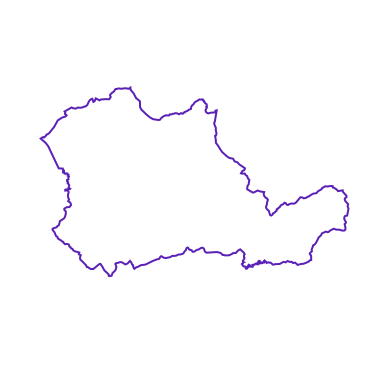 the district of Thong Saen Khan, Uttaradit, Thailand, rotated 8°
{"feature_id": "78962969B33216342014207", "entity_name": "Thong Saen Khan", "entity_type": "district", "adm_level": 2, "iso_a3": "THA", "parent_name": "Thailand", "parent_adm1": "Uttaradit", "projection": "mercator", "projection_center": [100.412, 17.497], "detail": "fine", "context": "isolated", "style": "outline", "palette": "violet", "viewbox_px": 384, "rotation_deg": 8, "n_neighbors": 0, "source": "geoboundaries", "source_scale": "gbopen_adm2", "svg_char_len": 6015}
<svg xmlns="http://www.w3.org/2000/svg" viewBox="0 0 384 384"><g transform="rotate(8 192 192)"><path d="M348.9,193.8L349.3,187.0L348.0,184.2L348.3,182.3L344.9,179.4L344.2,177.7L344.4,177.0L345.7,175.6L345.5,174.3L341.4,170.8L341.0,169.4L336.5,170.8L335.1,169.5L332.1,168.1L330.8,167.9L330.5,166.6L328.6,166.7L325.4,167.7L323.0,167.8L321.6,169.1L320.5,169.7L319.8,171.3L316.8,173.6L315.4,175.8L312.2,176.8L308.8,179.5L308.4,180.2L307.2,180.6L305.5,182.1L303.4,182.7L302.0,182.0L300.0,182.2L296.4,188.1L294.6,189.4L292.5,189.5L290.3,190.2L289.1,191.4L288.3,191.5L287.3,191.2L286.7,190.2L285.1,189.7L283.9,191.5L282.3,192.4L281.3,193.7L280.9,195.0L279.7,195.8L279.5,196.6L278.3,197.3L278.3,199.0L277.4,199.7L276.7,200.9L275.3,201.8L275.0,203.0L274.2,204.0L273.6,204.3L272.5,203.9L270.6,199.8L268.7,198.8L267.5,197.1L267.4,195.6L267.9,194.2L267.7,192.3L268.3,189.2L266.7,187.6L265.7,187.4L264.0,185.8L263.2,183.8L263.5,182.0L259.5,182.0L256.8,181.4L253.5,183.7L252.4,184.1L246.4,181.7L246.2,181.1L246.1,178.6L247.0,176.5L247.1,172.0L245.5,170.8L244.4,168.5L242.7,167.7L241.7,166.4L238.5,166.9L237.9,166.7L239.0,164.1L240.7,163.1L241.2,161.6L241.1,161.1L235.0,158.1L232.7,156.2L230.0,155.8L228.0,153.3L224.2,153.1L220.9,151.4L216.0,148.0L210.6,141.7L208.9,140.1L208.2,136.6L207.0,133.2L207.9,132.6L208.1,130.6L206.9,127.3L206.7,125.1L205.6,123.5L204.3,120.8L204.8,119.0L205.1,107.7L203.9,108.2L203.7,109.7L202.9,110.2L199.7,110.8L197.1,111.9L195.3,111.3L194.4,110.3L194.0,109.1L194.9,106.3L194.4,105.8L194.9,105.5L194.3,103.1L192.6,102.2L192.0,101.1L191.2,100.9L191.0,100.0L190.4,99.9L190.4,99.3L189.6,98.8L187.7,99.3L186.3,99.3L185.7,100.1L182.3,102.7L181.2,105.0L179.9,106.4L179.4,107.7L179.4,109.9L177.3,111.1L176.7,111.9L173.7,113.8L173.6,114.3L172.9,114.4L172.2,115.6L171.5,115.8L170.3,115.4L168.4,116.8L166.2,116.2L164.3,116.3L163.1,117.1L162.1,117.2L160.9,118.0L159.2,118.2L158.6,119.4L155.4,119.7L153.4,120.9L151.5,122.7L150.1,125.0L148.8,125.4L143.3,125.3L140.0,124.0L135.8,121.4L130.4,117.4L128.8,115.3L127.8,109.4L123.5,106.7L120.6,102.6L117.1,99.5L116.5,97.2L115.0,98.6L111.6,98.5L107.6,99.6L104.6,99.7L103.1,100.5L102.0,100.6L100.4,103.7L99.1,104.8L97.5,106.9L97.4,107.7L98.3,109.3L97.1,111.7L93.3,112.1L88.8,113.1L87.8,114.1L83.7,112.7L82.9,115.6L81.8,116.5L80.3,113.5L80.0,113.6L78.1,115.1L77.2,117.0L76.2,120.4L74.7,122.1L74.1,122.1L71.3,123.7L69.3,124.2L67.3,124.2L65.3,125.6L62.5,125.6L61.1,125.0L54.6,130.0L55.5,131.1L55.3,132.4L56.9,133.2L57.2,133.6L56.1,134.9L53.0,136.4L49.1,139.8L46.5,146.6L42.3,153.7L41.0,154.9L40.0,155.3L39.8,156.1L38.5,158.0L37.9,158.1L37.8,158.6L36.2,158.7L34.7,160.2L40.1,163.6L43.2,166.6L56.7,187.1L60.8,186.8L61.3,188.6L61.7,188.2L62.1,188.5L61.5,189.3L61.5,190.3L62.5,189.9L62.9,191.2L63.4,191.1L64.1,191.7L64.8,191.1L66.0,191.0L66.5,192.3L67.1,192.2L66.8,193.2L67.6,193.3L68.0,193.7L67.5,195.2L67.9,196.6L67.3,197.3L66.6,197.5L66.9,198.9L68.0,199.5L68.1,200.3L67.7,200.5L67.7,200.8L68.2,200.9L69.5,202.4L69.0,205.7L70.1,205.3L70.9,205.7L70.4,206.3L69.5,206.3L68.3,207.0L66.7,206.8L66.4,206.4L66.6,207.3L66.1,207.7L66.3,208.3L68.5,207.7L69.6,208.7L69.9,209.8L69.6,211.3L69.7,213.5L70.3,215.0L71.3,216.5L70.6,218.3L73.0,219.5L74.1,221.7L72.7,224.0L70.1,224.5L67.9,226.2L68.0,227.4L69.6,228.6L69.9,229.5L70.0,232.3L69.4,235.1L68.9,236.0L65.3,239.2L64.8,243.4L63.3,244.7L62.9,245.7L59.2,247.6L59.0,248.0L59.2,248.9L61.4,251.0L63.5,254.5L65.0,255.1L65.6,256.6L66.4,257.1L69.1,258.2L70.6,259.2L71.5,259.3L71.9,260.2L73.7,261.4L75.2,260.8L77.3,261.1L78.3,263.2L79.4,263.5L79.9,264.5L81.6,265.0L82.2,266.0L84.0,267.0L88.8,267.6L88.5,268.6L88.7,269.5L90.6,270.0L90.2,272.8L90.9,274.6L92.4,275.5L97.3,279.3L98.3,281.0L99.2,280.8L101.4,282.0L102.8,282.3L105.0,282.0L110.2,276.3L111.3,275.9L113.6,278.4L116.2,281.9L120.6,284.9L121.1,285.4L121.1,286.5L122.0,286.8L124.0,286.1L124.7,283.1L126.4,281.2L127.3,279.3L127.5,276.6L126.1,273.9L126.6,273.1L127.4,273.0L130.4,271.5L131.6,271.3L132.5,271.4L136.1,273.0L138.2,271.7L140.2,268.8L141.8,270.4L142.8,272.1L143.8,272.6L143.9,273.5L145.0,275.6L145.7,276.1L146.8,274.7L149.8,273.0L151.3,271.7L156.1,270.3L162.7,265.8L166.6,263.6L168.8,262.8L169.7,260.6L170.3,259.9L170.9,259.9L172.9,260.9L175.1,261.1L179.4,259.6L181.5,257.9L183.1,257.9L185.6,257.0L187.1,255.9L189.4,255.4L191.4,254.5L192.0,254.0L193.0,251.7L193.9,250.7L194.3,248.5L195.3,247.6L196.0,247.8L197.3,249.5L198.5,249.4L200.0,249.9L200.5,250.8L201.3,251.1L202.2,250.9L205.1,248.5L206.6,248.0L208.7,246.2L209.9,245.7L211.6,246.3L213.0,249.1L214.7,250.1L225.0,248.0L228.7,248.3L231.2,250.1L232.2,249.9L233.6,250.2L237.6,249.5L240.0,247.9L241.2,246.8L243.8,246.4L245.6,243.7L247.7,242.1L251.7,244.8L252.8,246.4L252.4,246.9L252.3,247.7L252.7,249.6L253.1,249.9L253.1,250.7L251.9,253.0L252.2,253.8L252.8,254.1L252.4,254.2L252.6,254.7L252.4,255.5L251.8,255.7L251.4,256.4L253.3,258.5L254.6,258.3L255.7,258.8L255.7,260.0L256.4,260.5L257.3,260.1L257.2,259.2L258.9,258.1L257.6,257.5L258.3,256.1L259.5,256.5L260.6,257.7L262.4,257.7L262.6,256.8L262.0,255.7L262.7,255.4L263.2,255.7L264.2,255.3L264.6,254.3L265.9,253.6L266.2,253.6L266.5,254.5L267.6,254.4L267.8,254.0L267.2,253.3L267.2,252.3L267.4,251.4L268.0,250.8L268.7,250.9L269.1,251.5L269.3,252.2L269.0,253.0L269.3,253.3L271.3,252.7L271.3,252.0L273.1,252.0L273.3,251.6L272.7,250.8L273.3,249.7L275.0,250.7L275.8,251.9L277.5,250.9L278.5,251.2L279.9,251.1L281.9,252.5L282.6,252.7L284.3,251.9L289.0,251.0L291.8,248.8L292.9,248.4L294.4,248.7L296.3,247.0L298.7,247.7L300.4,247.2L301.9,248.3L304.0,247.6L306.8,249.5L310.5,247.9L312.1,247.7L314.9,246.2L317.4,244.5L318.1,243.4L319.5,242.8L318.9,238.8L318.4,237.9L317.4,237.3L317.2,236.5L317.7,235.5L319.0,234.1L318.5,232.2L319.3,229.1L319.2,228.2L320.8,226.9L322.0,224.8L323.7,219.6L325.8,216.8L326.5,214.8L330.1,212.6L331.9,212.9L332.7,212.6L334.7,210.5L337.4,208.7L340.5,209.2L343.2,208.8L346.1,209.3L347.9,209.1L348.8,208.4L349.1,207.6L348.9,205.9L347.6,202.5L348.5,201.5L348.7,200.6L346.6,197.7L346.3,196.1L346.9,194.5L348.9,193.8Z" fill="none" stroke="#5b21b6" stroke-width="2"/></g></svg>